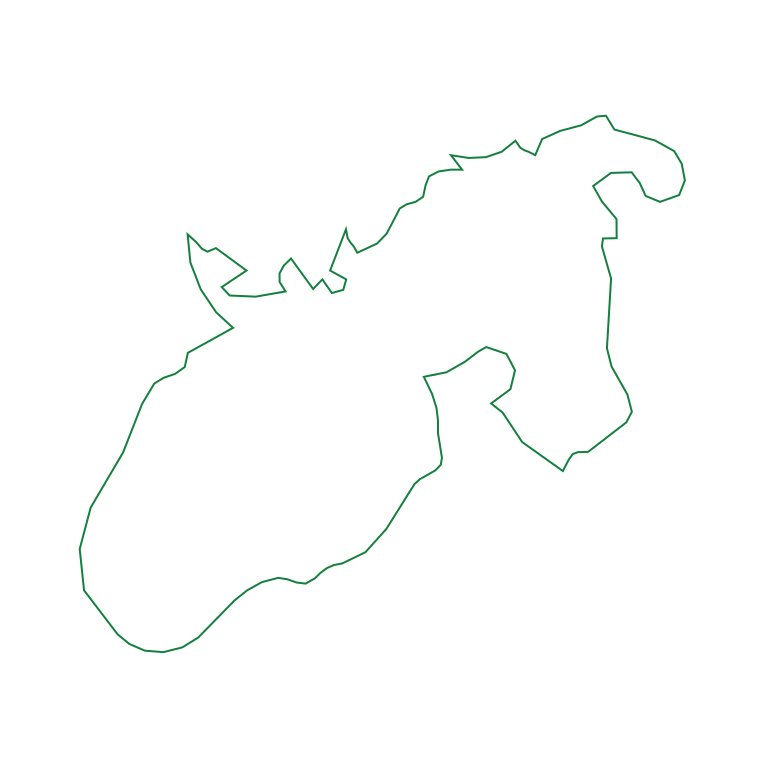 Martinique, Robinson projection, rotated 265°
{"feature_id": "FRA-1442", "entity_name": "Martinique", "entity_type": "Overseas department", "adm_level": 1, "iso_a3": "FRA", "parent_name": "France", "parent_adm1": "", "projection": "robinson", "projection_center": [-60.978, 14.643], "detail": "fine", "context": "isolated", "style": "outline", "palette": "green", "viewbox_px": 768, "rotation_deg": 265, "n_neighbors": 0, "source": "natural_earth", "source_scale": "10m", "svg_char_len": 1758}
<svg xmlns="http://www.w3.org/2000/svg" viewBox="0 0 768 768"><g transform="rotate(265 384 384)"><path d="M631.9,628.5L617.4,635.7L603.0,675.2L590.7,693.4L577.4,699.8L560.6,701.5L546.5,694.5L541.4,674.8L548.5,661.1L561.9,656.3L573.3,649.2L574.5,628.5L563.0,609.6L546.8,617.0L528.0,630.0L509.0,628.5L509.9,614.8L502.0,613.1L469.3,619.4L400.1,609.2L381.6,612.2L352.2,625.6L334.7,628.5L324.7,622.1L298.6,581.4L299.2,571.3L297.7,565.8L292.5,561.4L281.7,554.6L314.1,516.6L345.2,499.7L355.3,489.0L367.8,509.5L386.2,515.7L403.3,508.6L411.9,489.0L407.9,480.4L398.9,466.2L390.2,447.2L387.7,424.3L370.0,431.0L355.6,434.2L342.9,434.6L330.3,433.5L305.4,435.3L298.6,433.5L293.5,427.7L286.1,411.5L281.7,405.7L239.4,373.7L218.1,350.9L208.9,326.8L208.0,318.2L205.5,310.9L201.5,304.4L196.4,298.2L192.0,288.5L193.9,279.5L197.9,270.7L200.1,261.6L197.3,245.2L190.4,229.7L181.4,216.2L147.6,176.8L139.2,160.1L136.1,140.9L139.2,122.5L147.2,107.7L157.7,96.9L204.6,67.2L246.2,66.5L286.4,81.0L338.7,118.2L385.1,141.2L404.5,155.2L409.4,165.0L412.3,176.9L418.3,187.0L432.1,191.3L453.1,238.5L470.1,223.0L494.2,209.7L521.9,201.7L550.2,201.4L541.9,209.1L534.7,214.3L531.2,219.7L534.0,228.4L509.0,256.9L494.7,230.8L485.6,238.0L482.2,263.8L484.8,294.0L494.7,288.9L503.3,289.6L510.7,294.5L517.1,302.3L484.8,321.7L493.6,331.7L479.2,340.0L481.3,351.6L491.5,355.5L501.7,340.2L541.4,359.6L532.4,360.5L527.7,363.0L523.7,365.8L517.1,368.8L524.5,389.3L533.6,399.8L557.5,415.0L561.0,422.0L562.7,431.3L567.1,439.3L578.5,442.8L586.9,446.9L591.0,457.0L591.7,469.4L590.7,480.5L606.1,470.6L601.8,488.1L601.1,505.3L605.1,521.5L614.9,536.1L607.6,540.3L604.7,544.0L602.7,548.3L598.8,554.6L614.3,562.9L620.8,581.6L624.5,602.9L631.9,619.4L631.9,628.5Z" fill="none" stroke="#15803d" stroke-width="2"/></g></svg>